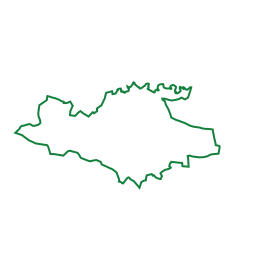 outline of Malam Madori, Jigawa, Nigeria, rotated 216°
{"feature_id": "59680162B52658055469559", "entity_name": "Malam Madori", "entity_type": "district", "adm_level": 2, "iso_a3": "NGA", "parent_name": "Nigeria", "parent_adm1": "Jigawa", "projection": "orthographic", "projection_center": [9.967, 12.523], "detail": "fine", "context": "isolated", "style": "outline", "palette": "green", "viewbox_px": 256, "rotation_deg": 216, "n_neighbors": 0, "source": "geoboundaries", "source_scale": "gbopen_adm2", "svg_char_len": 5739}
<svg xmlns="http://www.w3.org/2000/svg" viewBox="0 0 256 256"><g transform="rotate(216 128 128)"><path d="M83.6,86.4L85.4,92.1L84.0,95.1L82.8,96.0L83.2,96.8L83.8,97.8L84.9,100.5L84.9,100.9L84.8,101.0L81.7,104.6L79.9,104.0L79.4,105.0L76.6,104.3L73.6,104.9L71.5,106.0L72.0,107.4L72.2,109.1L75.1,110.4L74.8,112.5L73.5,115.8L70.8,119.1L70.1,120.9L70.1,121.0L70.9,121.1L71.3,121.3L72.0,121.2L72.3,122.0L72.8,122.7L72.9,123.2L73.2,124.3L73.0,124.7L72.9,124.9L72.9,125.3L73.1,126.1L66.0,130.1L63.6,131.5L61.5,129.1L56.2,132.3L58.1,134.6L62.0,139.4L63.3,140.5L62.7,141.2L61.7,142.0L60.5,142.3L59.2,142.8L53.2,146.1L50.1,148.5L47.4,151.5L45.4,155.3L42.4,158.1L39.7,160.4L42.4,166.1L43.5,167.2L46.9,165.7L48.0,166.9L49.1,167.8L50.4,169.0L51.9,170.2L53.5,171.7L55.8,173.8L58.6,176.6L60.8,175.4L62.8,174.3L64.3,173.1L67.8,171.3L70.2,170.5L76.1,167.4L79.3,166.3L83.8,165.6L85.4,165.3L87.9,164.6L92.0,163.4L94.3,162.7L99.1,161.9L101.9,164.0L106.1,166.8L111.1,169.1L113.9,171.3L114.8,171.3L116.2,171.1L116.8,171.3L117.5,172.0L115.7,173.2L110.1,175.3L108.5,176.2L107.7,177.1L106.1,178.6L103.8,181.4L102.6,184.0L98.7,184.6L97.3,187.9L100.3,197.0L100.8,198.1L101.3,197.8L101.7,197.3L101.6,196.9L101.7,196.5L102.0,195.9L102.2,195.2L102.4,194.4L102.5,194.0L102.7,193.6L103.3,193.5L103.7,193.3L104.2,193.2L105.0,193.5L105.8,193.6L106.9,193.7L107.3,193.5L107.2,193.1L106.8,193.2L106.8,192.9L106.4,192.6L106.2,192.6L106.1,193.1L105.7,193.0L105.7,192.4L106.3,192.2L107.1,192.2L108.3,192.1L109.2,192.0L110.0,191.9L110.0,191.2L109.7,190.7L109.1,190.1L108.6,190.0L108.1,189.7L107.7,189.5L107.3,189.0L107.2,188.5L107.3,187.9L107.6,187.6L107.6,187.2L107.6,186.7L107.8,186.3L108.0,185.7L108.4,185.1L109.0,184.7L109.6,184.3L110.6,184.4L110.7,184.6L110.4,185.4L110.8,185.6L111.5,185.4L112.0,185.9L112.5,187.0L112.6,188.0L113.0,189.1L113.5,189.5L114.0,189.6L114.4,189.6L114.7,189.6L115.0,189.6L116.0,189.6L116.3,189.5L116.6,189.3L117.4,188.7L117.6,188.3L117.8,187.9L118.0,187.6L118.1,187.3L118.2,187.0L118.2,186.8L118.1,186.5L118.0,186.4L117.8,186.3L117.4,185.9L117.1,185.8L116.8,185.7L116.6,185.7L116.3,185.6L116.1,185.4L116.0,185.2L116.1,184.9L116.6,184.6L116.8,184.6L117.0,184.7L117.4,184.7L117.6,184.6L117.8,184.6L118.0,184.4L118.2,184.1L118.4,183.9L118.5,183.7L119.0,183.3L119.3,183.1L119.6,182.9L119.9,182.8L120.3,182.6L120.7,182.3L121.1,182.2L121.5,182.0L121.9,182.0L122.3,182.0L122.6,182.0L123.0,182.1L123.6,182.3L123.8,182.4L123.9,182.6L124.0,182.8L124.5,183.5L125.0,184.0L125.4,184.1L126.1,183.7L126.5,183.4L126.6,183.2L127.0,182.8L127.4,182.4L127.8,181.9L128.2,181.1L128.5,180.4L128.5,180.1L128.4,179.7L128.3,179.4L128.2,179.2L127.9,178.4L127.7,178.0L127.4,177.7L127.0,177.4L126.8,177.2L126.4,177.1L126.0,177.0L125.7,176.9L125.4,176.6L125.4,176.4L125.6,176.2L125.9,175.9L126.0,175.9L126.3,176.1L126.6,176.0L126.9,176.0L127.3,175.9L127.4,175.7L127.7,175.4L127.9,174.8L127.9,174.5L127.8,174.0L127.7,173.8L127.6,173.5L127.5,173.2L127.5,172.8L127.6,172.6L127.7,172.3L127.8,172.0L128.1,171.9L128.5,172.0L129.1,172.1L129.4,171.9L129.8,171.7L130.2,171.7L130.5,171.7L131.5,171.6L133.7,171.3L134.4,171.2L134.9,171.1L135.1,171.2L135.2,171.5L135.0,171.8L134.9,172.6L135.1,172.9L135.4,173.0L135.7,173.3L136.0,173.5L136.3,173.9L136.3,174.3L136.3,174.6L136.6,175.3L136.9,175.7L137.3,176.0L137.6,175.8L138.2,175.6L138.6,175.3L138.9,174.8L139.2,174.2L139.3,173.5L139.3,172.2L139.4,171.9L139.4,171.6L139.7,171.0L139.9,170.4L140.1,170.0L140.2,169.3L140.4,168.7L140.6,168.3L140.8,167.9L141.0,167.5L141.2,167.3L141.5,167.0L141.8,166.8L142.0,166.8L142.3,167.1L142.5,167.2L142.9,167.4L143.5,167.3L144.4,167.0L144.8,167.1L145.6,167.2L145.9,167.2L146.4,167.3L146.6,167.3L146.8,167.3L147.1,167.4L147.3,167.4L147.5,167.3L148.0,167.5L148.7,168.0L149.1,168.1L149.5,168.3L149.9,168.3L150.2,168.3L150.3,168.0L150.4,167.6L150.3,167.3L150.1,167.0L149.9,166.3L149.8,166.1L150.0,165.8L150.0,164.8L150.0,163.2L150.1,162.7L150.7,161.9L150.9,161.8L151.2,161.6L151.9,161.5L152.6,161.3L152.8,161.3L152.6,161.1L152.5,160.9L152.4,160.8L151.6,160.4L151.3,160.6L151.0,160.9L150.6,161.2L149.8,159.4L149.4,158.1L151.4,155.7L151.2,155.5L151.1,155.1L151.5,154.8L151.5,154.7L152.0,154.6L152.4,154.6L152.6,154.4L152.8,154.4L152.8,154.2L153.0,154.2L153.5,154.6L153.8,154.3L153.8,154.2L154.1,153.9L154.4,153.6L154.5,153.5L154.7,153.4L155.1,153.7L156.0,154.6L155.9,154.7L156.1,154.8L156.7,155.5L157.0,155.7L158.0,154.8L158.1,154.7L158.9,153.5L158.5,153.0L158.6,152.9L158.9,152.6L158.5,152.3L158.5,151.9L158.5,151.0L158.4,149.3L158.3,148.5L158.6,148.2L158.9,147.9L159.2,147.7L159.4,147.4L159.6,147.3L159.7,147.2L159.8,147.0L159.9,146.9L160.0,146.7L160.4,146.3L162.5,148.4L165.1,145.2L165.7,144.4L165.9,144.2L166.4,143.4L164.3,138.6L162.8,130.6L164.6,125.6L162.9,123.4L164.2,119.9L165.1,120.1L165.7,120.1L165.9,120.0L166.6,114.1L172.8,113.5L176.4,113.7L177.2,111.7L177.9,106.7L180.9,105.0L182.5,104.3L184.6,107.9L185.8,113.5L190.3,115.4L191.7,112.9L192.7,111.8L194.6,110.4L195.3,111.4L197.3,110.7L200.7,110.3L204.7,109.2L207.5,108.0L209.0,107.6L210.4,107.1L211.9,106.5L211.5,105.4L211.0,104.5L210.1,102.8L210.9,100.5L213.1,94.3L209.4,87.4L207.3,84.9L203.8,82.7L201.8,80.6L202.5,77.8L204.8,74.9L206.3,73.8L209.8,73.5L211.5,71.6L214.0,68.3L215.1,67.4L215.7,65.4L215.3,63.7L215.9,60.2L216.3,57.9L209.7,59.9L201.0,59.8L193.6,61.3L183.2,66.6L181.1,65.6L175.4,61.3L172.6,63.4L164.1,67.6L163.0,73.7L161.9,75.3L154.2,78.3L151.1,77.3L150.2,76.7L148.3,76.2L141.3,78.0L138.6,79.1L137.9,80.3L134.9,83.4L130.2,84.6L127.8,83.0L123.2,84.1L119.6,84.7L116.9,85.4L113.6,85.4L111.0,85.2L110.1,84.5L108.3,83.4L104.7,81.0L103.9,79.3L103.3,79.6L102.6,79.9L101.2,80.2L100.4,79.9L99.4,80.3L99.3,83.7L99.2,86.6L99.0,87.7L98.3,88.5L97.5,88.5L96.3,88.0L94.1,88.1L91.9,88.4L83.6,86.4Z" fill="none" stroke="#15803d" stroke-width="2"/></g></svg>